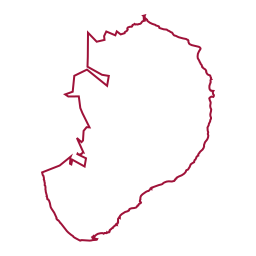 Los Cabos, Baja California Sur, Mexico (Robinson projection)
{"feature_id": "50627088B64168457575480", "entity_name": "Los Cabos", "entity_type": "district", "adm_level": 2, "iso_a3": "MEX", "parent_name": "Mexico", "parent_adm1": "Baja California Sur", "projection": "robinson", "projection_center": [-109.801, 23.272], "detail": "fine", "context": "isolated", "style": "outline", "palette": "rose", "viewbox_px": 256, "rotation_deg": 0, "n_neighbors": 0, "source": "geoboundaries", "source_scale": "gbopen_adm2", "svg_char_len": 5556}
<svg xmlns="http://www.w3.org/2000/svg" viewBox="0 0 256 256"><path d="M42.1,172.4L42.7,174.9L43.0,175.5L43.4,175.8L43.8,177.4L44.0,179.3L43.8,179.6L44.4,180.8L44.4,181.6L44.8,183.0L44.7,185.2L45.1,185.6L45.3,186.0L45.5,187.7L45.4,189.4L45.6,189.9L45.8,191.9L46.9,196.0L46.6,196.4L47.1,197.2L47.3,199.1L47.6,199.4L48.3,199.5L49.1,200.8L49.9,203.2L50.6,206.9L51.4,208.5L54.2,212.7L56.3,217.3L56.6,218.0L56.4,218.5L56.5,218.8L57.6,220.1L58.0,220.1L58.7,220.7L59.9,222.3L60.2,222.9L60.6,223.1L61.6,224.3L66.9,231.1L68.4,232.6L71.2,234.9L73.0,236.1L73.6,237.0L75.2,238.0L80.1,240.6L80.5,240.3L81.0,240.4L81.6,240.1L89.5,240.6L91.0,240.5L92.7,240.1L96.4,239.8L97.0,239.5L97.1,239.2L96.6,239.3L96.4,239.0L95.1,238.6L94.8,238.4L94.6,238.6L94.3,238.1L93.9,238.2L94.1,238.2L94.1,238.4L93.9,238.4L94.1,238.5L93.9,238.6L93.6,238.5L93.7,238.1L93.6,238.4L93.5,238.5L93.4,238.3L93.5,238.5L93.4,238.6L93.3,238.4L93.2,238.4L93.4,238.6L93.2,238.4L93.3,238.6L93.2,238.7L92.9,238.2L93.1,238.4L92.9,238.2L93.1,237.9L93.3,238.0L93.2,238.3L93.4,237.9L93.3,238.0L93.1,237.8L92.9,238.1L93.2,237.7L93.3,237.8L93.4,237.7L93.2,237.7L93.3,237.5L93.2,237.5L93.1,237.4L93.3,237.4L93.2,237.3L93.1,237.2L93.2,236.9L92.9,237.0L92.9,236.9L93.1,236.8L93.1,236.7L92.9,236.9L93.1,236.6L93.2,236.8L93.1,236.7L93.4,236.5L93.2,236.7L93.4,236.6L93.2,236.8L93.4,236.7L93.2,236.9L93.5,236.9L93.3,237.0L93.5,237.0L93.3,237.1L93.6,237.9L94.3,237.9L94.2,237.5L94.3,236.9L94.8,236.0L96.5,234.6L98.0,233.8L100.6,233.2L102.5,233.1L103.7,233.7L104.4,233.0L105.6,233.0L106.1,233.2L106.8,233.0L107.0,232.4L107.2,232.6L107.9,232.5L108.5,232.2L109.0,232.3L109.6,231.7L109.4,231.2L109.7,230.3L110.0,230.2L110.2,229.7L111.1,229.2L111.3,228.8L112.0,228.2L112.7,228.1L112.9,227.5L113.5,226.8L114.4,226.2L114.6,225.7L115.2,225.5L115.5,225.2L116.0,225.2L116.2,224.8L116.0,224.7L116.0,224.3L116.4,224.2L116.7,224.4L116.6,224.0L117.2,223.3L117.7,223.3L118.1,222.2L117.9,221.7L118.1,221.2L118.0,220.2L118.1,218.8L118.7,218.0L119.1,217.8L119.6,218.0L119.4,217.3L119.8,217.2L119.7,216.6L120.2,215.6L121.8,214.1L125.1,212.0L127.8,211.2L128.2,210.8L128.7,210.7L128.8,210.6L128.7,210.3L129.2,209.9L129.4,209.2L129.8,208.9L131.5,208.3L134.3,208.0L136.1,207.5L136.6,207.1L137.0,206.3L137.6,206.0L137.7,205.5L138.4,205.3L138.5,204.8L139.0,204.0L140.6,203.2L141.0,202.6L140.8,202.2L140.3,201.9L140.2,201.4L139.9,201.3L139.9,200.9L140.0,200.1L140.4,199.4L140.3,199.0L140.5,197.1L141.1,195.7L142.5,194.3L145.9,191.9L147.5,191.1L148.4,191.0L149.0,190.6L150.8,188.5L150.7,188.3L151.2,187.9L151.5,188.1L151.4,188.7L151.5,188.8L151.6,188.0L151.8,187.9L151.6,187.8L151.8,187.6L158.8,185.1L161.5,184.4L162.4,184.0L163.3,183.1L164.3,182.5L166.6,181.6L168.7,181.3L171.9,181.5L174.3,180.9L174.6,180.2L175.1,179.9L175.1,179.4L176.3,178.6L176.2,178.4L176.6,177.7L178.8,176.5L181.7,175.3L184.1,173.7L185.3,172.4L185.9,171.5L186.1,170.6L186.4,170.2L187.9,169.6L188.6,168.7L188.8,168.2L189.5,167.3L190.7,164.4L192.3,163.2L194.1,162.2L194.1,161.5L194.3,161.2L194.5,160.4L194.7,160.0L195.4,159.6L196.2,157.9L196.4,157.1L197.5,155.9L198.3,155.6L198.2,154.5L198.9,153.4L199.5,152.8L199.7,152.3L200.2,151.7L202.8,149.3L203.0,148.7L203.7,147.8L203.9,146.8L204.1,146.4L204.0,145.1L204.9,142.5L205.1,142.1L207.1,139.6L207.6,138.6L208.1,137.1L208.3,135.4L207.8,134.0L208.2,132.2L207.7,130.7L207.5,127.5L208.7,125.2L208.9,123.8L210.1,121.5L210.3,120.0L211.0,118.7L211.0,117.6L210.4,116.0L210.3,114.2L211.0,111.2L211.2,109.3L210.6,108.1L210.3,106.8L210.2,105.7L210.7,102.8L210.4,101.5L209.9,100.6L209.3,98.3L210.0,97.5L211.4,96.6L213.3,96.9L213.8,96.1L213.9,95.1L213.2,94.3L212.8,92.5L212.8,92.1L213.4,90.9L212.3,90.8L212.0,91.0L211.3,90.6L211.1,90.7L210.8,90.3L210.4,90.3L209.6,89.1L209.5,88.3L209.4,88.0L209.4,85.8L209.7,85.1L209.9,84.1L210.3,83.5L210.4,82.7L210.7,82.1L210.5,80.9L210.5,80.3L210.9,79.2L211.3,79.1L210.9,78.6L211.0,77.7L210.6,77.1L210.3,75.9L210.0,75.4L208.3,74.8L207.5,74.3L206.5,72.8L206.1,71.7L206.3,71.3L206.2,70.9L205.6,69.8L205.1,69.3L203.8,68.5L202.3,67.2L202.4,66.8L202.0,66.3L201.7,65.1L200.5,63.6L200.2,62.5L199.6,61.8L199.2,60.6L197.8,58.3L197.6,56.4L197.9,53.8L199.0,51.3L200.3,49.3L200.5,48.8L200.5,48.3L199.7,47.3L198.8,46.8L191.7,45.1L189.8,44.2L189.0,43.5L188.8,42.7L188.4,41.9L188.4,40.6L187.8,39.8L187.2,39.7L186.1,39.0L183.0,38.4L178.6,37.2L175.7,35.8L174.4,35.5L173.8,35.1L172.6,33.5L172.4,33.0L171.9,32.5L170.8,32.1L169.3,31.1L167.9,30.5L166.7,29.6L163.7,29.3L159.8,28.1L159.2,27.7L159.2,27.0L158.7,26.3L155.8,25.4L155.4,24.9L152.3,23.9L149.8,22.7L147.8,21.2L147.2,20.6L147.1,19.8L145.1,18.1L144.7,17.3L144.6,15.9L144.8,15.4L143.3,15.8L143.9,16.3L143.9,16.5L143.7,16.7L143.8,19.0L144.3,18.8L144.4,19.2L144.2,19.6L144.5,19.9L144.8,19.8L144.9,20.6L142.5,21.3L141.6,22.3L141.0,23.3L140.0,23.9L138.2,24.2L137.8,24.5L136.1,24.3L135.6,24.5L134.5,23.9L134.0,24.5L132.7,24.9L132.4,25.3L132.4,25.7L132.1,26.4L131.7,26.4L131.2,26.8L130.1,26.7L128.0,27.4L127.6,27.8L127.3,28.5L127.3,29.0L127.7,29.4L127.4,30.2L126.7,31.0L125.1,31.9L124.7,32.5L124.6,33.2L120.7,34.4L116.8,31.4L115.3,35.3L106.3,31.5L104.1,36.1L104.5,39.9L96.7,41.7L88.0,32.7L87.8,56.7L87.5,66.7L102.0,74.8L108.8,75.9L107.1,85.8L87.0,69.6L74.3,75.8L72.7,91.7L65.2,94.4L68.3,96.5L78.8,96.4L80.3,108.0L82.5,113.3L89.5,127.4L86.6,127.2L83.6,130.9L83.0,140.5L81.5,142.1L76.9,138.0L83.4,152.5L82.9,152.4L82.4,152.8L81.8,153.7L81.0,154.2L80.4,154.2L80.0,154.7L79.4,154.5L78.7,154.6L77.6,153.6L77.4,154.1L86.0,158.3L84.6,166.5L72.3,159.7L71.3,164.4L70.0,163.7L70.4,158.6L70.2,157.7L70.6,156.7L59.7,165.5L42.1,172.4Z" fill="none" stroke="#9f1239" stroke-width="2"/></svg>